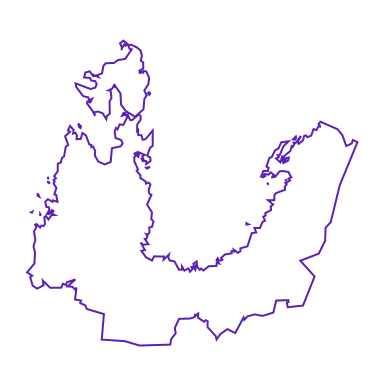 Zamboanga Sibugay, Zamboanga Sibugay, Philippines (Robinson projection), rotated 179°
{"feature_id": "2640588B82865823535715", "entity_name": "Zamboanga Sibugay", "entity_type": "district", "adm_level": 2, "iso_a3": "PHL", "parent_name": "Philippines", "parent_adm1": "Zamboanga Sibugay", "projection": "robinson", "projection_center": [122.765, 7.61], "detail": "fine", "context": "isolated", "style": "outline", "palette": "violet", "viewbox_px": 384, "rotation_deg": 179, "n_neighbors": 0, "source": "geoboundaries", "source_scale": "gbopen_adm2", "svg_char_len": 6067}
<svg xmlns="http://www.w3.org/2000/svg" viewBox="0 0 384 384"><g transform="rotate(179 192 192)"><path d="M30.3,241.2L31.5,237.7L37.0,235.3L40.6,246.1L45.5,252.3L62.4,260.0L64.2,257.8L62.9,255.9L62.9,255.1L64.6,255.2L66.5,251.7L69.4,252.8L71.8,246.3L75.8,244.8L77.0,246.6L79.1,245.9L79.9,242.0L84.4,238.3L85.2,239.8L84.5,242.2L82.5,245.0L82.3,246.0L87.6,239.1L89.5,239.6L89.1,237.6L90.8,235.0L91.2,235.2L91.2,236.2L91.4,236.3L93.0,231.2L99.9,225.8L99.5,223.9L94.6,224.7L95.2,221.8L100.1,219.4L101.5,224.9L103.1,220.1L107.4,224.1L104.5,225.4L105.7,227.3L103.6,227.6L99.7,236.1L94.6,241.0L101.9,240.1L104.8,234.0L108.3,232.1L111.6,225.6L114.1,224.6L117.1,216.2L115.0,214.9L115.8,211.6L120.3,211.8L122.7,206.2L120.6,205.4L118.7,206.6L120.0,207.5L119.0,208.8L115.1,208.0L113.1,210.3L109.6,207.5L111.6,206.0L111.6,205.3L108.6,205.7L104.1,211.1L101.0,211.4L95.4,210.4L92.4,204.9L95.1,203.8L93.8,201.7L98.5,199.5L97.2,198.3L99.2,195.6L98.9,192.6L107.9,189.5L109.7,187.3L109.8,182.4L116.2,182.5L111.1,178.1L113.6,176.1L113.2,172.6L119.1,169.6L118.8,167.2L121.2,166.1L119.5,162.0L121.9,160.9L124.7,154.8L130.1,155.0L128.5,150.4L133.0,149.8L137.5,136.7L144.6,134.8L144.6,132.0L147.2,130.4L151.4,133.7L151.1,131.8L153.5,132.1L153.3,130.0L160.3,128.9L164.2,125.4L162.8,123.8L164.3,123.0L166.3,123.0L167.5,125.3L168.7,123.5L166.2,120.1L168.5,120.7L168.9,117.6L176.6,117.5L181.9,113.3L184.2,115.3L185.7,114.0L188.0,117.1L188.6,122.4L191.8,120.4L191.5,117.9L188.8,118.8L190.1,114.1L191.8,117.0L193.8,117.0L192.9,114.9L195.4,112.3L196.9,115.7L201.0,113.5L203.3,117.7L203.4,114.7L206.3,114.4L210.7,122.9L215.5,123.9L217.0,127.3L216.2,129.8L221.6,124.8L221.2,128.0L231.0,128.3L233.2,124.2L239.1,127.5L243.6,134.0L240.1,134.8L244.2,142.4L242.0,140.1L236.5,140.6L240.0,145.9L238.4,146.1L237.3,148.7L238.5,150.7L236.8,150.2L235.2,152.6L235.4,157.2L232.5,158.0L231.0,163.2L233.2,165.7L232.4,172.4L237.1,180.1L232.6,189.9L234.7,191.1L235.4,194.4L233.4,200.4L235.4,202.2L237.9,201.2L238.2,203.4L243.5,206.9L243.2,209.4L247.0,214.2L245.6,215.6L249.1,223.6L249.1,228.0L247.5,229.1L248.9,231.4L245.4,233.0L238.5,229.9L241.1,228.5L240.1,225.9L241.8,226.0L240.7,223.8L237.2,223.7L237.3,220.8L232.9,223.7L233.1,227.1L236.1,229.1L233.2,236.9L230.5,238.8L230.2,254.2L237.5,245.6L240.5,245.1L241.5,249.5L244.8,250.1L244.8,254.8L245.8,253.9L245.6,260.4L242.1,265.3L242.1,269.0L243.8,270.6L250.7,264.8L252.7,265.2L254.6,269.6L259.5,260.3L263.2,260.8L265.4,255.9L266.8,257.4L268.3,254.2L267.5,247.2L262.0,245.3L260.5,241.6L262.7,238.9L271.3,237.2L272.8,223.4L278.9,221.1L285.3,224.2L288.5,230.1L288.1,234.8L290.0,239.1L291.8,238.6L291.8,240.8L293.9,241.4L297.0,250.4L300.5,252.9L302.3,247.0L306.5,246.8L306.0,250.4L307.6,253.3L309.8,252.5L309.3,256.1L312.8,260.2L315.0,255.7L312.9,254.3L317.9,250.0L314.9,241.1L317.4,239.5L319.3,229.8L321.5,228.2L322.6,223.9L325.7,222.6L325.9,215.1L329.5,210.2L327.8,208.1L330.2,206.4L329.1,205.0L330.3,202.9L327.5,198.5L329.7,192.1L327.8,191.4L326.7,184.5L331.2,186.1L331.6,184.6L336.2,187.3L338.9,184.8L337.9,179.6L335.4,179.3L335.0,176.4L337.4,172.7L335.4,172.4L332.3,176.4L330.8,175.3L332.8,172.9L329.7,171.4L333.0,171.2L336.0,167.0L338.5,170.6L340.1,169.3L339.5,162.5L340.9,160.6L343.2,161.1L344.5,159.1L347.9,162.6L349.4,162.1L348.2,159.7L350.6,155.3L349.5,146.7L351.4,140.5L350.0,134.1L350.8,123.2L358.3,114.5L353.3,111.1L355.3,109.7L352.9,101.1L348.5,98.1L342.0,101.4L342.7,106.0L335.4,98.7L324.4,98.6L322.7,102.5L319.5,101.2L318.8,103.9L310.1,106.6L318.1,99.8L313.2,99.3L310.6,96.5L309.2,98.4L310.8,86.6L304.9,85.4L305.7,82.9L300.8,80.6L299.1,76.8L282.2,71.5L284.8,46.0L262.1,44.1L247.0,39.4L216.4,39.8L215.3,45.5L210.8,50.9L211.5,56.4L207.2,65.4L196.2,65.5L191.5,66.9L191.1,69.2L189.0,68.3L188.9,69.8L187.9,70.4L188.1,66.2L182.3,62.1L180.6,63.6L178.6,62.6L178.8,56.6L170.8,47.5L170.0,44.1L166.0,49.6L159.0,54.3L151.3,50.2L142.6,65.7L141.9,63.3L138.7,66.7L131.4,68.5L123.5,66.9L112.8,70.0L109.7,82.0L97.6,82.2L97.4,80.3L99.1,79.8L98.3,75.1L83.0,76.5L70.9,105.4L84.9,121.4L66.4,128.1L59.7,140.9L59.1,153.9L53.8,159.4L44.2,196.1L25.7,238.9L30.3,241.2ZM279.9,272.2L276.4,266.3L275.8,269.4L272.8,271.8L272.9,283.9L270.9,287.4L271.6,294.7L273.7,295.1L270.1,296.7L267.3,301.4L268.5,297.7L266.9,299.3L261.8,291.8L261.4,280.4L256.9,274.2L247.6,268.2L239.1,275.5L238.0,286.0L235.6,289.3L237.9,294.3L233.7,300.6L232.9,306.9L235.5,313.2L238.2,313.9L238.8,312.2L240.5,313.7L241.0,312.0L242.3,312.1L242.5,314.1L238.6,316.3L238.5,322.4L241.0,324.2L239.7,329.1L240.9,334.1L244.3,337.3L250.1,340.3L253.2,339.9L251.9,336.2L249.8,335.7L256.4,326.3L263.8,325.2L267.7,322.4L276.1,322.2L278.4,319.6L279.9,312.2L284.9,310.4L283.8,308.7L288.4,310.8L288.1,309.6L288.7,309.5L292.3,314.5L296.5,313.3L297.9,308.4L292.0,307.8L290.8,305.2L286.8,304.5L285.4,301.4L286.9,298.1L291.5,296.7L306.5,302.6L305.9,299.0L299.1,289.7L293.9,288.4L293.6,285.4L290.2,286.9L292.1,283.3L295.2,284.1L295.4,282.3L288.9,273.3L284.6,274.1L279.9,272.2ZM259.3,337.2L257.1,340.9L255.9,339.4L254.0,341.2L257.9,344.6L261.4,341.9L259.3,337.2ZM245.8,232.0L246.8,229.5L245.1,228.2L244.1,231.4L245.8,232.0ZM260.6,269.5L257.5,270.5L257.2,271.9L259.0,272.3L260.6,269.5ZM302.3,257.9L301.8,259.5L304.6,262.5L303.6,258.7L302.3,257.9ZM236.7,216.2L233.4,217.7L237.5,217.1L236.7,216.2ZM88.1,242.5L86.9,244.4L87.2,245.7L90.1,242.9L88.1,242.5ZM138.1,158.4L136.0,158.7L138.1,159.9L138.1,158.4ZM233.0,289.9L232.1,291.2L233.3,292.6L234.2,291.5L233.0,289.9ZM344.8,190.0L345.7,192.3L346.3,192.6L346.4,191.0L344.8,190.0ZM336.7,205.0L334.1,202.8L334.3,203.2L334.9,203.8L334.8,204.3L336.7,205.0ZM256.9,270.4L256.4,269.5L255.6,270.5L256.9,270.4ZM255.1,340.1L254.0,340.1L253.3,340.4L255.1,340.1ZM99.2,221.5L98.3,222.3L99.7,222.5L99.2,221.5ZM351.9,175.1L353.1,174.5L352.3,174.2L351.9,175.1ZM287.6,271.2L288.5,271.7L288.0,270.7L287.6,271.2ZM117.0,199.4L116.0,198.7L115.9,199.2L117.0,199.4ZM335.9,208.4L334.9,207.3L335.7,208.7L335.9,208.4ZM260.8,336.0L259.6,335.9L259.0,335.9L260.8,336.0ZM344.4,170.9L343.8,171.9L344.2,172.7L344.4,170.9ZM98.9,202.2L98.0,202.0L97.8,202.3L98.9,202.2Z" fill="none" stroke="#5b21b6" stroke-width="2"/></g></svg>